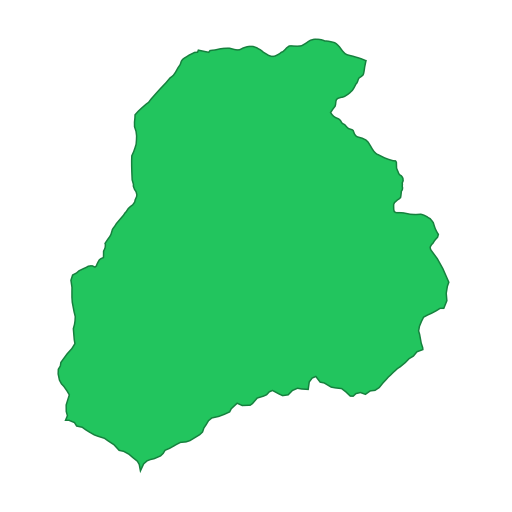 Lajab, Daga, Bhutan (Mercator projection), rotated 272°
{"feature_id": "84629894B88322725559269", "entity_name": "Lajab", "entity_type": "district", "adm_level": 2, "iso_a3": "BTN", "parent_name": "Bhutan", "parent_adm1": "Daga", "projection": "mercator", "projection_center": [90.018, 27.095], "detail": "fine", "context": "isolated", "style": "filled", "palette": "green", "viewbox_px": 512, "rotation_deg": 272, "n_neighbors": 0, "source": "geoboundaries", "source_scale": "gbopen_adm2", "svg_char_len": 5334}
<svg xmlns="http://www.w3.org/2000/svg" viewBox="0 0 512 512"><g transform="rotate(272 256 256)"><path d="M85.2,71.4L85.3,74.8L83.2,80.4L79.8,82.7L78.8,88.3L76.5,91.7L74.2,95.7L71.6,100.6L70.4,104.2L68.5,111.0L66.3,114.3L62.4,120.7L57.0,126.0L56.2,130.5L53.5,135.9L50.3,139.9L46.8,144.6L43.6,146.6L37.3,148.0L44.4,151.0L47.5,154.3L48.9,157.5L49.9,161.3L52.9,167.6L55.5,170.1L58.7,171.9L60.8,176.4L65.0,183.2L67.1,187.0L67.8,192.6L69.2,196.4L75.5,206.0L78.3,208.7L82.3,209.9L85.6,212.0L89.8,214.3L92.6,217.5L94.4,224.4L96.7,229.9L99.3,235.1L102.5,236.6L105.8,239.9L108.2,242.3L106.1,247.5L106.7,255.4L108.4,257.6L114.1,262.2L116.2,268.3L117.7,271.4L120.7,274.0L122.2,277.2L118.9,283.9L117.4,287.5L118.4,293.0L122.9,297.1L125.3,302.1L124.7,306.2L124.5,312.8L132.0,313.6L136.0,316.4L137.7,320.0L132.2,324.5L131.5,328.6L127.6,335.7L127.0,339.8L126.5,346.2L123.4,350.5L119.3,355.1L119.3,358.0L122.0,360.7L123.2,365.1L121.6,370.2L125.2,374.9L125.9,379.6L128.8,383.7L133.7,387.4L137.0,390.3L139.7,392.5L141.8,394.7L142.8,395.6L144.7,397.4L146.1,398.9L148.4,401.2L150.7,404.4L154.8,409.0L158.7,412.5L161.5,416.8L165.9,420.2L168.3,426.0L170.1,425.8L174.8,424.1L179.0,423.2L183.5,422.2L186.8,421.1L188.7,421.4L191.5,421.8L196.6,423.7L200.7,425.6L203.1,429.7L204.9,433.4L207.5,437.9L210.1,441.8L210.3,445.5L218.0,448.3L225.4,447.4L232.4,448.3L236.5,449.6L250.0,443.1L259.6,437.3L267.7,430.9L268.8,430.2L270.8,429.7L272.2,430.3L273.7,431.2L274.8,432.3L277.1,433.6L278.9,434.9L281.1,436.8L284.0,437.5L285.5,436.4L287.4,435.3L289.7,434.1L292.6,433.0L295.5,432.0L297.3,430.6L298.5,429.5L299.4,428.7L300.5,426.5L301.2,425.6L302.6,422.5L303.2,420.6L303.5,419.2L303.0,414.4L303.0,412.2L303.1,408.5L303.5,406.2L304.2,402.0L304.3,399.6L304.3,397.8L304.2,395.8L304.2,394.5L305.1,392.7L306.2,392.3L307.5,392.0L309.3,391.9L310.8,391.8L312.5,391.8L314.3,392.6L315.1,393.5L316.0,394.4L317.2,395.6L317.7,396.6L318.5,397.4L319.4,398.4L321.4,398.7L322.8,398.8L323.9,398.9L325.8,399.0L327.3,399.9L329.2,400.1L330.8,399.7L332.6,399.8L334.1,399.6L336.3,400.4L338.8,400.1L340.3,399.2L341.2,398.4L342.2,396.7L343.5,395.7L345.2,395.0L346.8,394.2L348.7,393.4L350.2,393.3L353.4,393.1L354.6,393.0L355.9,392.1L356.0,389.6L356.5,387.6L357.3,384.7L358.6,380.9L361.5,374.6L361.9,373.4L362.9,372.0L364.6,370.2L367.2,368.3L369.3,367.0L372.5,364.9L374.0,363.8L375.8,361.7L376.5,360.1L377.4,358.1L378.6,353.2L379.2,352.0L380.5,350.8L381.5,350.1L384.8,348.7L385.5,347.7L385.9,346.4L386.5,344.2L387.5,342.8L388.7,341.6L390.3,340.1L391.4,337.9L392.3,336.9L393.9,336.0L395.3,334.7L396.1,333.3L397.1,330.7L398.3,328.7L400.0,327.0L402.0,325.5L403.0,326.2L404.9,327.3L406.9,328.7L408.4,329.8L410.1,330.2L411.6,330.3L413.7,330.5L414.8,330.8L415.7,331.5L416.5,332.5L417.5,335.4L417.8,337.1L418.6,339.0L420.8,342.2L422.5,344.2L423.3,344.9L424.8,346.4L425.7,347.0L427.6,348.1L429.7,349.1L431.4,349.9L432.3,350.7L433.9,351.4L436.2,352.1L437.3,352.6L438.0,353.4L439.1,355.0L440.6,356.6L441.9,357.1L444.2,357.5L446.7,357.8L448.7,358.0L455.1,359.1L455.3,358.1L455.8,357.0L456.2,355.8L456.7,354.5L457.3,352.5L457.8,350.7L458.2,349.0L459.0,346.0L459.7,342.6L460.3,340.0L461.3,338.0L462.3,336.9L464.0,335.2L465.9,333.7L467.8,332.2L469.3,330.7L470.8,329.0L471.9,327.2L472.3,325.5L472.7,323.5L473.1,321.3L473.3,319.0L473.3,317.2L473.8,316.0L474.4,313.8L474.7,311.1L474.7,309.2L474.7,307.5L474.5,306.0L473.5,302.9L472.8,301.8L472.1,300.7L471.2,299.6L470.0,297.9L469.3,296.8L467.8,294.4L467.5,293.2L467.1,290.1L467.1,286.6L467.2,284.6L467.2,283.4L467.0,281.8L465.0,279.3L463.3,277.9L461.1,275.7L460.5,274.2L459.2,272.8L457.8,270.5L456.5,268.1L456.1,266.3L456.1,264.2L457.0,261.4L458.1,259.5L459.9,256.2L461.1,254.8L462.3,253.0L463.4,250.7L464.1,249.6L465.3,245.8L465.3,243.8L465.2,241.8L464.8,239.8L464.2,238.0L463.3,235.6L462.5,234.3L461.5,232.3L461.3,230.3L461.4,228.8L461.6,227.3L462.3,224.2L462.7,222.5L462.7,220.7L462.5,218.3L462.4,216.7L461.8,213.0L461.3,211.1L460.5,208.0L460.3,206.9L460.1,205.3L459.7,202.9L457.9,201.6L459.7,191.2L457.6,190.5L457.3,187.5L456.2,185.5L454.4,182.1L452.7,179.7L451.3,177.5L449.9,175.8L448.1,174.6L444.7,173.6L441.4,171.5L436.9,169.2L433.8,167.2L432.2,165.5L431.1,164.0L426.0,160.0L420.5,155.1L414.8,150.3L409.2,145.7L405.8,143.3L404.0,141.0L400.0,136.7L396.6,133.3L392.9,130.2L389.9,130.2L385.6,129.9L381.0,130.1L376.3,131.8L371.8,132.5L368.0,132.5L365.6,132.4L363.5,132.3L359.8,131.3L356.2,130.2L354.0,129.3L351.8,128.4L347.0,128.4L341.8,128.6L335.5,129.0L331.5,129.3L327.7,129.6L323.5,131.0L321.5,131.0L318.3,132.3L316.1,133.9L313.1,134.8L311.1,134.6L307.9,133.3L305.7,132.9L302.8,131.0L301.1,128.8L299.0,126.7L295.7,124.7L294.5,123.6L292.3,122.3L283.6,115.4L281.0,113.9L278.7,112.3L277.5,111.6L272.5,110.3L270.3,109.2L268.0,107.6L263.3,104.7L262.1,105.1L259.4,105.0L257.5,104.4L255.5,103.5L251.9,103.6L249.1,103.6L248.0,101.2L246.7,99.6L244.7,98.5L242.3,97.4L240.5,96.8L239.3,95.4L240.4,92.8L240.4,91.3L239.9,88.7L238.6,86.6L237.5,84.3L235.0,79.6L232.8,77.3L230.6,73.4L225.3,71.9L218.2,73.2L214.1,73.3L208.4,73.5L203.4,74.0L194.1,76.1L189.1,77.5L184.7,77.4L181.3,77.0L177.0,76.0L171.0,76.7L166.0,77.3L162.1,78.1L157.0,75.2L151.8,70.8L146.5,67.2L142.8,64.7L139.2,64.3L135.9,62.4L131.2,62.4L125.1,63.9L121.5,66.0L118.9,68.6L114.5,71.9L110.7,74.3L104.6,72.6L100.5,71.5L94.0,71.8L89.8,73.1L85.2,71.4Z" fill="#22c55e" stroke="#15803d" stroke-width="1.5"/></g></svg>